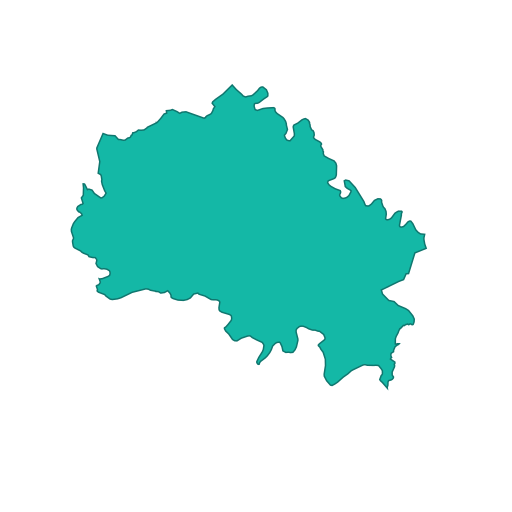 the district of Chapulhuacán, Hidalgo, Mexico, rotated 66°
{"feature_id": "50627088B31235975347334", "entity_name": "Chapulhuacán", "entity_type": "district", "adm_level": 2, "iso_a3": "MEX", "parent_name": "Mexico", "parent_adm1": "Hidalgo", "projection": "natural_earth1", "projection_center": [-98.94, 21.126], "detail": "fine", "context": "isolated", "style": "filled", "palette": "teal", "viewbox_px": 512, "rotation_deg": 66, "n_neighbors": 0, "source": "geoboundaries", "source_scale": "gbopen_adm2", "svg_char_len": 6119}
<svg xmlns="http://www.w3.org/2000/svg" viewBox="0 0 512 512"><g transform="rotate(66 256 256)"><path d="M430.1,189.8L429.4,189.6L427.7,188.1L424.7,186.6L423.8,185.5L424.2,182.9L424.0,181.5L423.3,180.2L422.5,179.6L420.1,180.0L417.4,178.8L413.6,174.6L412.7,174.0L411.0,173.7L410.7,172.9L409.4,172.3L404.8,175.1L404.1,174.3L403.9,173.4L402.2,173.4L400.9,172.9L399.8,172.0L399.4,169.3L398.0,168.6L395.5,165.9L394.8,163.3L394.8,162.2L394.4,162.0L394.6,161.3L394.4,160.9L393.6,162.6L393.7,163.3L393.0,164.5L388.2,162.3L386.4,160.6L384.0,157.5L382.0,155.6L381.5,154.6L380.9,154.3L380.7,152.6L380.2,152.1L380.2,151.4L379.3,149.6L379.9,148.9L379.5,146.8L379.7,146.5L379.8,145.1L380.8,144.6L380.9,144.1L380.6,143.0L380.9,142.3L381.8,141.9L382.5,140.8L382.3,140.1L380.5,138.4L378.0,137.1L374.4,137.1L367.9,138.8L365.0,140.7L359.0,146.3L353.8,148.4L350.6,152.8L342.2,155.9L338.0,155.3L337.3,135.7L337.6,130.8L333.3,126.1L334.1,123.8L317.8,109.6L318.2,97.4L313.7,97.0L309.6,96.0L307.8,95.3L304.8,93.1L302.7,96.8L300.1,98.4L297.0,99.4L290.2,99.6L287.1,100.4L286.5,101.6L286.7,103.5L287.9,105.9L289.1,109.2L288.8,111.3L288.1,112.4L287.3,112.7L286.2,112.4L277.7,106.5L276.6,106.1L275.2,104.6L274.3,104.8L273.0,107.6L273.0,108.8L273.4,111.6L276.3,116.7L276.8,119.0L276.4,121.3L275.8,122.1L274.7,122.5L270.8,120.0L268.2,119.1L265.2,119.0L263.3,119.7L262.0,119.8L258.0,119.4L256.3,118.6L255.3,118.7L254.4,119.2L253.3,121.4L253.4,125.2L255.5,129.4L256.1,132.1L256.0,133.2L254.7,135.3L253.4,135.5L250.1,135.3L233.8,137.5L225.2,140.4L223.1,143.2L223.2,144.8L228.9,146.2L231.2,145.2L234.2,143.0L235.2,142.6L236.2,143.4L238.6,146.5L239.3,148.7L239.4,150.6L238.8,153.1L237.6,154.4L235.0,155.0L234.0,154.6L232.6,153.0L231.5,152.5L230.5,152.5L226.8,156.3L222.8,159.3L220.8,160.3L218.3,160.8L217.0,159.9L216.7,158.9L217.0,153.3L216.7,151.7L215.5,150.4L214.5,149.6L206.4,145.7L203.7,145.3L200.9,146.0L196.4,150.0L192.3,153.0L189.8,152.9L188.2,152.0L187.3,152.2L186.1,151.7L182.3,152.2L181.4,151.9L180.4,150.6L179.4,150.6L177.7,151.3L173.6,154.5L171.7,155.2L170.8,155.1L169.2,153.6L166.7,152.8L164.7,152.9L163.9,153.6L163.0,153.9L159.8,153.9L158.2,153.3L156.1,153.1L155.7,152.7L153.1,153.1L150.6,154.9L150.3,156.5L150.3,158.6L151.6,163.7L151.8,168.1L152.7,169.2L153.5,169.6L159.9,171.2L161.9,172.2L164.6,178.1L163.9,179.3L162.6,180.7L160.3,181.2L157.9,181.1L157.1,180.8L156.2,178.8L153.2,175.8L148.7,175.0L147.5,174.5L145.0,174.2L141.9,174.6L140.4,175.1L134.4,178.8L132.3,179.5L130.6,179.5L129.4,178.8L128.4,178.9L127.6,179.7L125.4,185.5L124.1,189.7L123.6,195.5L122.0,197.2L121.1,197.2L118.3,196.8L116.4,195.6L116.3,194.6L117.1,192.2L117.0,190.5L115.7,185.2L115.0,181.1L114.6,180.1L112.2,179.0L108.4,178.9L104.5,180.9L104.1,181.5L103.8,182.8L104.1,184.5L105.6,187.3L107.6,193.2L107.8,194.9L106.8,198.3L106.5,200.8L104.7,202.6L102.3,203.4L96.0,206.3L90.1,208.2L94.7,220.4L96.5,229.4L97.6,232.9L98.6,233.9L102.8,232.8L104.2,235.1L105.6,236.2L107.5,238.6L107.9,239.8L108.0,243.7L108.4,245.2L109.1,245.8L108.9,246.6L109.1,247.3L95.8,261.3L94.5,265.1L94.7,267.6L91.9,269.5L88.2,272.8L88.1,274.9L86.8,278.8L89.2,279.5L88.9,282.2L91.7,287.3L93.6,291.5L93.8,292.2L93.5,292.7L93.9,292.8L94.2,302.8L94.7,303.8L95.3,307.0L94.4,309.8L93.1,312.2L93.8,314.8L93.7,317.4L93.3,318.4L95.0,320.0L95.0,320.9L96.2,322.2L96.5,323.3L96.1,325.2L96.9,328.4L96.4,330.0L94.4,332.7L93.6,334.3L88.8,335.9L85.4,342.3L81.9,345.9L92.5,357.4L93.5,357.9L106.2,360.3L116.2,366.5L118.3,364.9L119.6,364.7L123.7,365.8L124.7,366.6L128.2,367.4L134.7,367.7L137.6,367.4L139.6,370.3L140.2,373.0L139.8,374.2L133.2,378.2L129.1,379.0L126.9,381.5L126.8,383.0L120.8,383.3L120.1,383.8L119.8,384.6L123.7,385.9L130.3,389.1L131.9,391.9L137.7,392.6L138.1,393.7L137.7,395.0L138.3,398.7L139.3,400.0L140.2,400.6L141.7,400.6L143.7,399.9L144.3,399.1L146.5,398.1L148.1,398.3L148.5,402.9L150.8,407.5L152.1,409.6L155.3,412.9L156.6,413.9L158.5,414.6L165.2,415.3L166.4,416.1L167.0,417.1L168.3,417.8L172.5,418.9L173.9,418.8L175.2,418.1L180.0,414.2L181.6,413.6L183.2,412.5L186.6,409.1L188.7,408.8L191.0,405.8L192.1,403.5L194.2,403.0L195.4,403.3L197.8,405.2L201.3,405.0L204.4,403.0L205.1,402.1L205.7,400.1L207.4,397.6L209.8,395.9L211.1,395.9L212.5,396.3L214.1,397.5L214.5,399.3L214.2,405.6L213.7,407.1L213.7,407.9L213.1,408.5L216.4,408.8L217.1,409.3L218.3,411.3L218.2,413.2L218.5,414.1L222.1,414.4L223.2,415.3L223.7,415.3L225.0,414.6L229.7,409.9L231.5,409.4L236.0,406.8L237.3,405.0L238.8,399.9L239.2,396.3L238.8,383.9L241.2,370.0L242.6,367.7L244.3,366.4L247.4,361.9L247.7,361.9L248.9,359.6L251.1,358.1L252.1,354.5L251.8,350.8L255.0,349.7L257.2,349.6L259.0,350.3L260.0,349.9L261.3,348.9L264.5,345.2L267.0,340.4L267.8,336.5L267.6,333.0L265.4,328.4L266.2,324.2L267.7,323.6L271.8,318.9L277.3,314.9L278.1,313.9L279.8,310.2L280.8,308.9L282.2,307.9L283.4,307.8L288.2,310.9L290.2,311.6L291.5,311.4L293.5,310.0L298.4,304.3L299.6,303.3L300.6,302.9L303.0,303.5L304.7,304.7L307.2,309.4L308.5,312.3L308.8,314.0L309.6,314.4L312.3,314.2L316.2,312.6L322.7,311.4L324.7,310.0L325.8,307.9L325.1,302.8L325.7,296.3L326.2,294.5L326.9,293.6L329.0,292.6L332.9,289.5L337.4,285.5L339.1,285.1L340.9,285.1L344.3,287.3L345.9,288.9L349.8,294.7L352.8,298.2L353.8,298.6L354.6,298.5L355.5,298.3L356.0,297.8L356.1,297.0L354.9,296.1L354.1,294.5L352.8,288.9L351.8,286.3L349.8,282.7L347.8,280.1L345.0,277.4L343.7,274.0L343.5,272.1L344.2,269.7L345.1,269.2L349.3,269.1L353.6,270.0L356.2,268.0L357.1,265.4L358.3,263.7L359.0,261.5L357.6,258.6L355.5,256.1L350.2,252.1L348.8,251.5L341.8,250.3L340.0,249.5L338.9,248.1L338.1,245.0L338.4,243.4L339.3,241.5L341.8,239.0L344.0,237.4L346.6,234.6L347.8,232.1L349.8,230.0L350.7,228.5L355.2,226.1L358.9,226.2L360.0,226.9L360.5,227.9L362.0,233.8L362.7,235.3L363.3,235.5L365.4,234.7L367.2,234.7L371.3,233.8L378.4,234.6L384.4,237.1L391.7,241.8L393.5,242.5L398.7,242.2L404.2,240.5L405.2,239.2L405.0,236.1L404.4,232.7L402.1,225.5L401.0,220.0L399.6,215.7L399.4,213.6L399.1,203.3L399.2,201.9L399.6,200.6L401.1,198.7L403.9,192.8L404.5,191.0L405.9,188.6L409.9,187.5L412.2,187.2L415.0,188.4L415.6,188.9L416.1,190.2L419.2,193.2L420.6,193.0L422.9,192.0L430.1,189.8Z" fill="#14b8a6" stroke="#0f766e" stroke-width="1.5"/></g></svg>